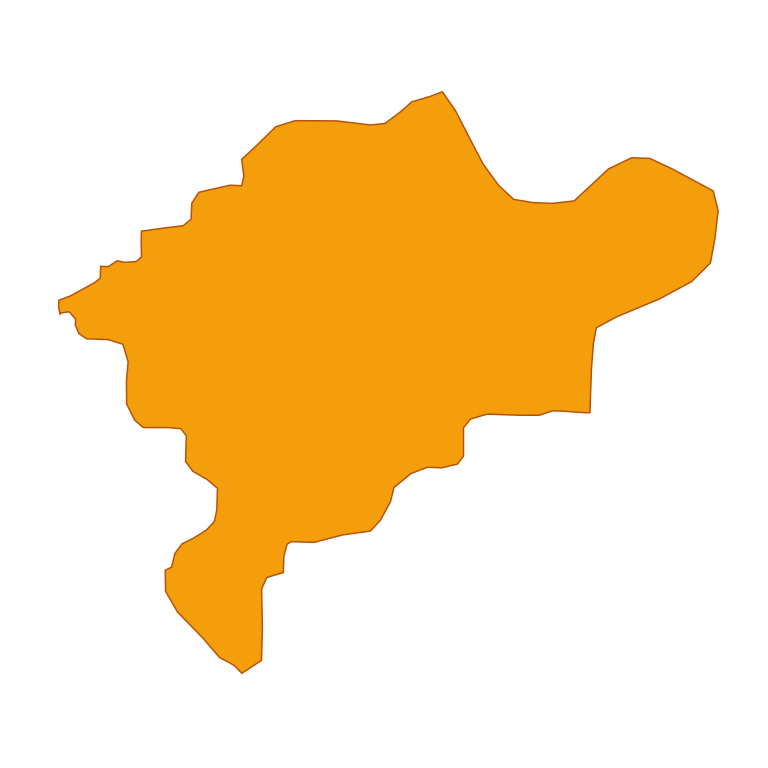 an SVG outline of Zenica-Doboj, rotated 92°
{"feature_id": "BIH-2889", "entity_name": "Zenica-Doboj", "entity_type": "Canton", "adm_level": 1, "iso_a3": "BIH", "parent_name": "Bosnia and Herzegovina", "parent_adm1": "", "projection": "albers", "projection_center": [18.196, 44.316], "detail": "fine", "context": "isolated", "style": "filled", "palette": "amber", "viewbox_px": 768, "rotation_deg": 92, "n_neighbors": 0, "source": "natural_earth", "source_scale": "10m", "svg_char_len": 1674}
<svg xmlns="http://www.w3.org/2000/svg" viewBox="0 0 768 768"><g transform="rotate(92 384 384)"><path d="M89.9,335.9L108.5,322.0L137.0,306.1L160.7,292.6L181.1,276.7L195.0,260.8L197.5,241.4L197.6,222.0L194.4,200.4L180.7,186.6L161.2,167.2L149.2,144.3L149.3,126.1L159.1,103.3L179.5,61.8L199.0,56.1L228.1,58.5L251.6,62.0L271.0,80.3L289.6,112.2L309.0,154.4L320.4,173.8L335.8,176.1L361.8,177.2L405.6,177.2L405.6,187.4L404.9,202.8L404.9,214.4L409.8,227.9L410.5,247.2L410.5,263.5L410.5,279.9L416.0,296.3L425.0,303.0L453.2,302.0L461.5,307.8L465.7,323.2L465.7,337.7L472.6,354.0L487.1,370.4L500.9,373.3L520.3,382.8L531.4,392.4L536.3,420.3L544.7,448.3L544.8,471.4L547.6,475.3L560.0,478.1L575.9,478.0L581.5,494.4L593.3,499.2L632.7,497.0L664.5,496.8L678.1,516.0L670.4,524.0L663.1,538.8L644.4,556.0L619.1,582.4L598.7,595.1L577.7,596.1L574.4,589.9L560.5,587.0L550.8,580.3L545.2,569.8L536.1,556.3L527.1,548.6L515.3,546.7L505.6,546.8L493.9,546.8L491.8,549.7L485.6,557.4L478.0,571.9L468.4,579.6L457.3,579.7L442.7,579.7L435.8,585.5L435.1,597.1L435.9,623.1L429.0,631.8L413.0,640.5L390.1,641.5L370.7,640.5L353.4,646.3L349.2,661.7L349.2,682.9L344.3,690.6L336.0,694.5L329.8,694.5L322.8,701.2L324.2,708.9L325.4,710.2L318.6,711.9L311.7,711.9L306.8,700.3L293.0,677.1L288.1,671.3L283.3,671.3L276.3,671.3L276.3,663.6L270.1,654.9L271.5,647.2L270.2,635.6L265.3,630.8L248.7,631.7L239.7,631.7L235.5,607.6L232.8,590.2L225.9,582.5L219.7,582.5L210.0,582.4L198.9,575.7L195.5,563.1L190.7,544.8L190.8,533.2L181.1,531.3L164.5,534.1L150.0,519.6L130.7,501.2L123.9,481.9L122.7,440.4L125.6,406.7L123.6,392.2L112.0,377.7L101.0,366.0L94.9,347.7L89.9,335.9Z" fill="#f59e0b" stroke="#b45309" stroke-width="1.5"/></g></svg>